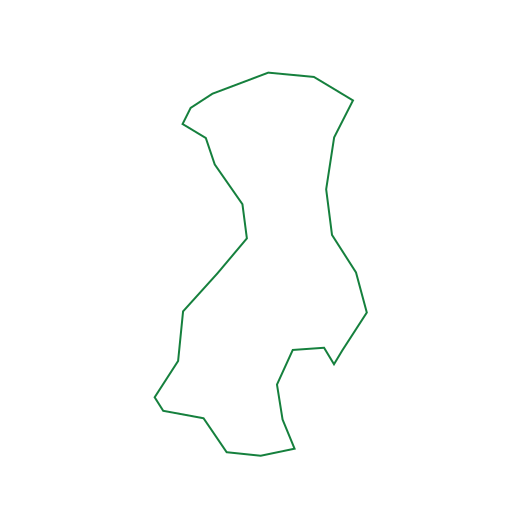 Borgo Maggiore, Natural Earth projection, rotated 211°
{"feature_id": "SMR-4883", "entity_name": "Borgo Maggiore", "entity_type": "state/province", "adm_level": 1, "iso_a3": "SMR", "parent_name": "San Marino", "parent_adm1": "", "projection": "natural_earth1", "projection_center": [12.438, 43.942], "detail": "fine", "context": "isolated", "style": "outline", "palette": "green", "viewbox_px": 512, "rotation_deg": 211, "n_neighbors": 0, "source": "natural_earth", "source_scale": "10m", "svg_char_len": 533}
<svg xmlns="http://www.w3.org/2000/svg" viewBox="0 0 512 512"><g transform="rotate(211 256 256)"><path d="M123.7,110.7L149.1,87.2L180.1,72.7L217.4,89.9L255.8,75.5L270.1,82.7L268.7,125.9L290.0,171.0L280.1,221.4L272.9,266.4L294.3,293.4L338.5,313.2L359.8,331.3L386.9,331.3L388.3,349.3L376.9,372.7L339.9,419.5L298.6,439.3L253.0,439.3L250.1,397.9L230.2,349.3L201.7,313.2L161.8,293.4L131.9,264.6L133.4,219.6L133.4,203.4L150.4,212.4L176.1,194.4L171.8,156.6L149.0,129.5L123.7,110.7Z" fill="none" stroke="#15803d" stroke-width="2"/></g></svg>